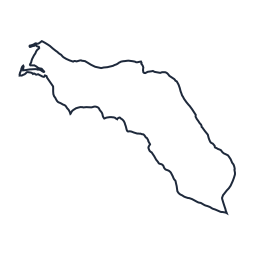 outline of Cristian, Sibiu, Romania, rotated 262°
{"feature_id": "2599482B42247101066007", "entity_name": "Cristian", "entity_type": "district", "adm_level": 2, "iso_a3": "ROU", "parent_name": "Romania", "parent_adm1": "Sibiu", "projection": "robinson", "projection_center": [23.992, 45.701], "detail": "fine", "context": "isolated", "style": "outline", "palette": "slate", "viewbox_px": 256, "rotation_deg": 262, "n_neighbors": 0, "source": "geoboundaries", "source_scale": "gbopen_adm2", "svg_char_len": 5827}
<svg xmlns="http://www.w3.org/2000/svg" viewBox="0 0 256 256"><g transform="rotate(262 128 128)"><path d="M204.3,32.9L203.8,32.2L203.2,31.6L202.3,31.1L201.4,30.6L200.8,30.5L200.4,30.3L199.6,29.9L198.7,29.4L198.0,28.9L197.3,28.6L196.0,28.1L195.9,28.2L195.5,28.1L195.0,28.0L195.0,28.6L194.7,30.1L195.2,31.5L195.6,33.1L196.3,34.3L197.0,35.1L197.3,35.5L197.3,36.5L196.6,38.8L196.3,39.7L195.7,40.7L195.0,41.2L194.7,41.4L194.8,41.6L195.1,42.3L195.0,42.7L194.8,43.1L193.8,44.1L193.6,44.6L193.6,45.1L193.7,45.6L193.7,46.6L192.9,47.6L191.6,49.5L191.1,50.1L190.5,51.3L190.4,51.6L190.4,52.1L190.5,52.3L191.6,53.1L190.8,54.5L189.0,54.9L179.6,59.6L177.5,59.4L174.9,59.0L173.5,58.9L171.8,58.8L171.0,59.0L169.9,59.2L169.1,59.6L168.0,60.2L166.5,60.7L164.8,61.4L164.2,61.8L163.5,62.3L162.9,63.1L162.5,63.9L161.7,65.1L160.9,66.1L160.2,67.0L159.9,67.6L159.5,68.3L158.8,69.1L158.0,69.6L156.9,70.1L155.7,70.7L155.2,71.1L154.5,71.6L153.5,72.0L152.3,72.5L151.2,72.7L150.0,72.9L150.2,73.2L150.8,73.6L151.2,73.8L152.2,74.7L152.7,75.1L153.2,75.9L154.0,77.5L154.6,78.9L154.8,79.3L154.9,80.0L155.0,80.7L155.1,81.3L155.3,83.2L155.3,84.0L155.2,84.6L155.1,85.2L154.9,86.0L154.6,86.5L154.5,88.9L154.5,89.6L154.0,92.1L153.6,94.2L153.5,94.8L153.7,96.2L153.8,96.9L153.9,97.5L153.8,98.3L153.7,98.8L153.5,99.4L152.8,100.8L152.1,101.5L151.6,101.9L150.7,102.2L149.8,102.5L148.6,103.2L147.6,103.8L147.0,104.1L146.2,104.4L145.2,104.6L143.6,104.7L142.3,105.0L141.4,105.4L140.7,105.8L141.0,107.1L141.2,107.7L141.3,108.6L141.3,109.4L141.3,110.5L141.3,111.4L141.1,113.0L140.7,114.4L140.5,115.4L140.3,115.8L139.9,116.6L139.0,117.4L138.6,118.0L138.2,118.5L138.7,118.8L139.1,119.5L139.6,120.9L139.3,121.6L138.3,122.3L137.5,123.3L136.8,123.9L135.4,124.8L133.6,125.4L131.7,125.7L130.3,126.0L128.7,126.2L126.6,126.4L126.3,126.5L125.4,126.7L124.8,127.2L124.6,127.4L124.5,127.8L124.5,128.2L124.6,128.7L124.3,129.9L124.2,130.4L123.5,131.8L122.9,132.8L121.8,135.1L121.2,136.4L121.1,137.4L120.8,138.4L120.7,139.5L119.8,141.2L119.7,141.9L119.6,142.2L119.2,142.7L118.9,142.9L118.2,143.4L116.7,144.1L116.4,144.2L116.2,144.3L116.0,144.6L115.8,144.9L115.6,145.2L114.3,145.8L112.9,146.3L112.0,146.3L110.8,146.8L109.8,147.2L108.8,147.6L108.6,147.5L107.7,146.6L106.2,145.6L105.8,145.5L105.5,145.6L105.0,145.5L102.7,146.1L102.1,146.4L101.0,147.4L100.6,148.0L96.5,150.0L92.6,151.5L92.0,151.9L91.0,152.5L90.3,152.9L88.7,153.6L88.0,154.7L87.9,155.2L87.6,155.8L87.2,156.5L86.7,157.0L85.9,157.6L85.1,157.9L84.5,158.0L83.9,158.1L83.4,158.3L82.5,158.8L81.8,159.3L81.5,159.7L81.2,160.3L80.3,162.0L79.8,162.7L79.2,163.2L78.7,163.7L78.2,164.0L77.7,164.3L75.4,165.1L74.0,165.6L72.0,166.1L71.4,166.3L70.9,166.5L70.5,166.7L69.8,167.2L69.3,167.5L68.8,167.7L66.9,167.8L63.7,168.1L61.6,168.1L59.0,168.1L58.6,168.1L58.1,168.3L57.6,168.5L57.1,168.8L56.6,169.0L56.0,169.5L55.4,170.0L54.7,170.8L53.9,172.1L52.1,174.2L51.4,175.5L50.4,177.5L50.1,178.7L49.9,179.2L48.7,181.5L47.3,183.4L45.3,186.1L44.8,186.8L44.4,187.5L44.1,188.3L43.8,189.3L43.5,189.9L41.9,191.9L40.9,193.2L40.5,193.9L40.2,194.5L39.6,195.9L38.8,197.3L38.5,197.9L37.8,198.8L36.9,199.8L36.2,200.8L35.2,202.9L34.9,203.4L33.2,206.2L32.1,208.0L31.7,209.3L31.7,209.8L30.9,212.2L30.4,213.4L30.0,213.9L32.6,213.3L34.1,213.2L36.7,212.7L40.7,212.0L44.6,211.4L45.7,211.4L48.3,212.8L49.3,213.9L52.4,217.1L54.3,219.5L56.6,221.6L58.8,223.0L61.0,224.4L63.8,225.9L67.0,227.4L68.6,227.7L71.9,227.6L72.5,228.0L74.5,227.9L75.9,227.7L77.2,227.4L79.1,226.3L82.8,225.3L85.3,224.1L87.0,223.2L88.5,221.0L89.5,219.4L90.8,218.2L92.0,217.5L93.0,217.0L93.8,215.9L94.7,214.2L95.9,212.7L96.5,211.6L97.1,211.3L98.4,211.3L100.7,209.8L101.2,209.1L101.7,208.3L102.9,207.5L105.0,206.9L106.8,206.5L110.3,206.1L114.3,203.7L117.3,202.1L118.0,201.8L118.7,201.1L119.9,201.1L121.2,200.8L122.7,199.7L125.5,198.4L127.3,197.4L129.8,196.5L131.6,196.9L137.6,194.1L141.3,192.1L142.4,191.3L145.5,189.4L149.2,187.5L151.3,186.8L152.7,186.1L154.8,185.7L157.0,185.2L160.5,184.8L163.9,184.1L167.3,182.8L168.3,181.5L168.9,181.3L169.9,180.7L172.4,177.9L173.9,176.2L175.4,175.4L176.8,174.4L177.9,173.0L178.1,172.2L178.5,169.5L178.1,167.6L179.4,163.6L179.9,162.1L181.0,160.6L180.9,159.4L180.9,155.3L180.0,152.8L180.2,151.8L181.0,151.0L183.2,150.9L184.8,151.3L185.8,151.6L187.4,151.3L189.3,150.5L189.8,150.1L190.2,150.3L190.6,150.5L191.6,150.2L192.0,150.1L192.0,149.2L191.8,146.4L192.0,145.2L192.8,144.0L193.5,141.9L194.6,137.9L194.7,136.6L194.7,134.1L194.8,132.6L194.7,130.4L194.2,129.0L194.0,128.3L193.6,127.5L193.1,126.7L192.6,125.3L192.2,123.3L191.7,122.0L191.5,120.3L191.3,118.0L191.1,116.0L191.3,112.3L191.2,111.4L191.1,109.7L191.5,108.6L192.5,105.9L193.2,104.0L194.4,102.2L195.9,100.0L198.4,97.0L199.4,95.7L200.1,94.9L200.5,93.7L200.8,92.6L201.0,91.7L201.4,91.2L201.6,90.0L201.3,87.8L201.1,86.4L201.5,85.4L201.8,84.3L201.6,83.3L201.4,82.9L202.0,81.7L203.0,79.7L205.0,76.5L207.0,74.0L207.9,73.2L209.8,72.0L210.5,71.1L211.8,69.7L213.1,68.7L214.5,67.2L217.1,64.7L218.6,63.4L220.2,62.0L221.8,60.2L224.1,57.4L225.8,55.1L226.0,54.7L225.0,53.0L224.2,51.4L224.0,50.4L224.1,49.6L224.5,49.0L224.7,48.3L224.6,47.8L224.0,46.5L223.6,45.2L223.3,43.0L223.3,42.3L222.9,41.9L222.4,41.9L221.9,42.2L221.9,42.8L222.1,43.6L222.5,45.4L222.4,46.0L222.4,46.4L222.8,47.5L223.1,48.0L223.1,48.4L222.8,48.6L222.2,48.7L221.7,49.1L221.3,49.7L220.8,51.0L219.6,51.2L218.9,50.5L218.0,49.0L216.6,47.7L214.7,46.6L213.0,45.0L211.0,43.6L209.9,42.8L208.4,42.0L206.2,41.1L205.2,40.2L204.2,39.7L203.6,40.1L203.4,41.7L203.2,42.6L203.1,43.9L202.5,44.7L201.6,45.9L200.5,46.9L199.8,47.8L199.3,48.9L198.9,50.3L198.7,50.7L198.2,51.1L196.7,52.0L196.1,52.5L195.7,52.7L195.4,52.8L195.2,52.5L195.3,52.1L196.3,50.8L197.2,49.9L198.1,48.5L198.3,47.3L198.3,46.9L198.5,46.4L198.8,45.9L199.1,45.1L199.4,42.6L199.5,41.0L199.7,39.0L199.6,34.2L199.7,33.1L199.7,32.1L200.3,32.1L203.5,33.2L204.3,32.9Z" fill="none" stroke="#1e293b" stroke-width="2"/></g></svg>